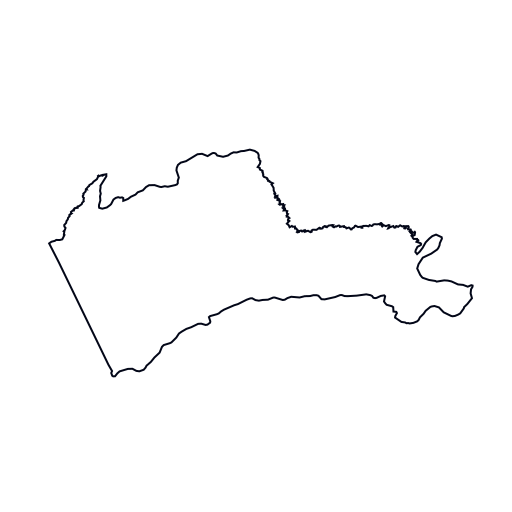 Juruá, Amazonas, Brazil, rotated 64°
{"feature_id": "56859067B52882726289547", "entity_name": "Juruá", "entity_type": "district", "adm_level": 2, "iso_a3": "BRA", "parent_name": "Brazil", "parent_adm1": "Amazonas", "projection": "equal_earth", "projection_center": [-66.308, -3.375], "detail": "fine", "context": "isolated", "style": "outline", "palette": "ink", "viewbox_px": 512, "rotation_deg": 64, "n_neighbors": 0, "source": "geoboundaries", "source_scale": "gbopen_adm2", "svg_char_len": 6139}
<svg xmlns="http://www.w3.org/2000/svg" viewBox="0 0 512 512"><g transform="rotate(64 256 256)"><path d="M307.9,404.2L306.6,402.5L305.1,396.9L302.7,391.8L300.6,385.0L296.4,380.3L295.6,378.0L296.6,371.6L296.6,369.9L294.4,363.4L291.9,359.2L291.4,355.9L291.0,350.5L291.6,345.5L291.6,337.8L292.8,334.9L295.9,331.5L296.4,329.7L295.8,326.5L294.7,325.7L290.3,325.1L289.9,323.6L291.2,316.6L291.3,314.6L290.5,311.6L290.2,308.3L290.7,297.2L291.3,293.4L291.2,283.5L291.6,279.7L292.3,278.0L295.4,275.8L297.4,273.0L298.4,269.3L300.5,264.4L300.9,258.8L301.5,257.4L307.3,251.2L307.9,249.3L307.6,246.2L308.1,242.2L312.4,235.0L313.5,229.8L315.7,225.0L316.4,221.6L317.8,218.7L319.1,217.3L323.5,216.1L325.1,213.3L327.6,202.8L328.0,197.6L328.7,196.0L330.8,194.0L332.3,191.2L335.8,182.8L338.8,173.7L341.3,170.4L342.8,169.2L345.0,168.8L346.1,167.4L346.5,166.0L346.6,161.3L347.6,158.0L348.8,157.6L353.0,160.9L355.0,160.6L357.1,160.0L360.7,155.9L362.1,155.1L366.2,156.8L367.7,154.4L369.1,154.4L371.0,157.1L372.3,158.0L379.0,154.2L381.1,151.1L382.4,150.2L383.0,148.6L384.0,147.5L385.1,143.8L385.4,139.8L384.8,137.9L383.0,135.5L381.4,130.7L379.6,127.5L378.2,121.6L378.4,120.1L379.2,117.5L382.4,114.1L388.9,112.0L395.4,106.9L396.3,105.8L397.1,103.4L397.3,99.9L397.1,97.6L394.2,92.2L393.2,91.4L391.8,87.1L388.6,80.4L383.7,79.5L380.2,77.3L378.6,74.9L377.5,74.3L376.6,75.3L376.4,79.1L372.7,82.6L370.1,86.9L364.5,91.5L362.2,94.4L360.4,97.5L358.2,104.9L357.1,105.7L353.3,111.1L348.7,115.7L347.8,116.1L345.0,116.7L337.9,116.6L334.6,113.5L330.6,106.8L330.7,97.5L329.6,90.3L328.7,88.6L326.9,86.4L325.0,85.1L321.9,81.3L320.5,80.9L315.7,84.8L315.4,88.8L316.3,92.5L318.1,97.5L321.8,102.8L323.9,107.0L324.9,110.4L322.2,111.0L320.7,109.8L318.5,106.8L318.4,103.1L317.6,102.3L316.6,102.5L313.6,105.6L313.2,105.1L313.2,102.5L312.6,103.9L311.3,103.7L309.8,106.8L308.2,107.2L307.3,106.9L306.0,107.4L305.6,106.0L306.7,105.5L306.7,104.2L304.4,102.6L303.9,102.7L304.3,104.0L303.5,104.9L303.8,106.5L302.4,107.0L302.0,105.7L301.1,106.8L300.5,105.4L299.9,105.4L298.8,107.6L298.1,107.6L297.0,106.0L295.9,106.0L295.0,107.9L296.6,109.2L296.7,109.9L296.1,110.6L294.3,109.5L293.8,110.1L293.6,111.6L291.6,113.0L292.1,115.5L290.7,116.5L290.6,117.1L291.5,118.0L291.4,118.8L291.0,119.3L289.3,119.4L288.8,123.9L286.9,122.6L286.4,123.0L286.1,126.2L284.3,127.7L284.8,129.6L284.3,129.7L283.0,128.4L281.3,129.0L281.1,129.6L282.4,130.3L282.3,130.8L281.2,131.4L280.6,133.4L279.5,135.2L279.1,136.7L279.8,138.1L279.7,138.9L278.1,140.3L278.7,141.8L277.4,143.4L276.0,146.4L276.1,147.5L277.2,148.0L276.8,148.8L275.8,148.3L274.7,151.6L272.4,153.2L272.3,153.8L273.3,155.4L273.3,157.3L274.0,158.4L273.7,159.1L271.5,159.7L271.1,160.2L270.8,162.6L269.4,162.8L268.5,164.2L267.7,163.9L266.7,167.6L266.2,167.3L265.1,167.9L264.8,168.6L264.7,171.1L264.2,171.6L264.4,173.3L263.0,174.3L262.6,174.3L262.1,173.1L261.7,173.6L260.5,177.5L261.2,179.7L260.5,180.5L260.3,179.8L259.2,181.1L259.4,183.1L260.3,184.0L260.2,184.9L259.7,186.1L259.3,185.8L258.4,186.6L259.0,190.1L257.3,193.4L257.4,194.6L258.3,195.1L258.1,195.7L258.6,195.8L258.5,196.6L256.1,198.2L255.8,200.6L255.4,200.1L254.2,200.6L254.6,202.1L253.9,202.4L254.3,203.4L254.0,204.0L252.9,204.3L252.6,205.9L253.3,206.8L252.9,208.5L252.5,208.7L252.1,207.3L251.6,207.6L251.3,207.1L249.7,207.9L249.2,207.6L248.3,208.1L248.2,208.8L246.6,208.1L245.8,210.2L244.7,210.6L244.9,213.2L242.7,213.1L240.5,214.1L239.3,211.2L238.8,211.8L238.4,211.7L238.6,210.9L237.5,211.4L236.4,210.3L236.4,209.4L234.6,210.1L234.2,210.9L233.7,210.4L233.2,210.8L232.3,208.9L231.5,209.5L230.5,209.3L229.4,208.2L227.7,209.9L227.2,211.2L226.3,210.2L226.7,209.4L226.2,209.2L225.4,210.2L225.3,209.4L224.8,209.3L223.9,210.2L223.7,209.2L223.1,209.4L222.7,208.3L221.9,209.3L221.2,208.9L220.3,212.2L219.8,212.4L219.9,211.7L219.4,211.1L218.4,211.4L217.2,210.3L215.9,211.4L215.9,210.4L215.3,210.3L214.8,210.4L214.5,211.7L213.8,210.9L212.9,211.2L212.1,212.9L211.1,211.7L210.9,212.6L210.2,211.8L208.0,212.3L207.6,211.9L207.8,211.3L205.0,211.4L202.4,210.3L198.4,210.7L198.0,209.0L195.1,211.3L194.5,211.1L193.7,212.2L193.1,211.8L192.0,212.3L191.5,211.8L190.7,212.0L188.3,214.2L187.0,214.4L185.7,213.6L185.1,213.8L183.7,213.1L183.2,213.5L182.2,212.8L180.0,214.6L178.6,214.0L176.8,215.5L174.9,212.1L172.7,210.4L171.3,210.9L170.3,210.4L168.8,210.6L166.6,209.4L165.1,209.2L164.0,209.3L160.9,211.2L157.7,214.9L156.4,220.6L155.2,223.5L154.5,228.0L153.0,230.7L152.9,233.8L153.4,237.2L152.4,242.1L148.7,246.8L146.3,247.3L145.4,248.1L144.6,249.4L144.5,250.9L145.0,255.7L140.5,259.7L138.9,264.0L140.1,277.3L139.1,282.7L139.9,286.2L141.9,288.5L144.2,290.0L151.7,291.0L154.0,293.3L156.3,294.4L157.0,295.6L156.9,297.4L155.1,304.9L153.3,307.4L152.5,310.9L151.6,312.2L147.8,316.1L145.5,321.1L145.8,324.6L147.4,328.9L146.9,334.4L148.0,337.4L147.9,342.5L148.6,345.9L148.4,349.4L148.2,351.1L145.7,349.9L144.6,350.7L144.0,352.7L142.7,354.1L142.3,356.7L142.8,359.4L145.8,363.4L146.3,364.9L147.0,368.8L146.1,373.4L144.0,375.8L143.0,375.6L141.3,374.7L137.8,371.5L133.9,370.0L131.9,368.2L129.1,367.6L125.8,365.4L124.7,365.1L118.8,355.6L116.9,354.7L116.0,357.8L116.5,357.8L116.5,359.0L115.6,359.7L115.5,362.1L114.7,362.3L114.8,362.9L115.3,362.9L117.2,365.3L118.0,369.6L118.9,371.2L119.2,374.7L120.0,375.4L120.0,376.2L121.3,379.1L121.9,379.0L121.5,379.7L123.3,380.9L124.3,383.9L125.3,384.1L126.1,385.4L127.2,385.7L128.3,385.2L130.2,386.6L131.3,386.8L131.9,388.8L133.0,389.9L133.6,393.1L133.3,394.4L133.9,394.7L133.8,395.5L134.4,395.5L133.5,398.0L134.1,399.2L134.5,399.0L135.3,399.8L134.8,400.9L135.3,403.0L136.3,403.2L136.6,403.8L137.0,403.4L137.4,405.9L138.5,406.1L139.4,408.3L140.5,409.0L141.6,411.1L143.0,412.1L144.1,414.8L145.5,415.3L147.3,414.9L148.8,416.4L149.4,417.9L149.9,417.5L152.7,419.4L153.2,419.0L156.1,422.8L155.6,425.4L154.0,428.5L154.2,430.2L153.5,433.6L154.0,436.4L175.3,436.0L289.0,436.3L296.3,435.8L297.7,437.4L300.6,437.7L301.6,437.1L302.3,435.4L300.7,432.1L299.9,429.2L301.3,420.7L303.2,416.5L306.8,413.9L308.5,411.4L309.0,406.8L307.9,404.2ZM288.8,123.9L289.2,124.5L289.1,125.1L288.7,124.6L288.8,123.9ZM211.1,211.7L211.8,211.2L211.8,210.6L211.3,210.3L211.1,211.7Z" fill="none" stroke="#020617" stroke-width="2"/></g></svg>